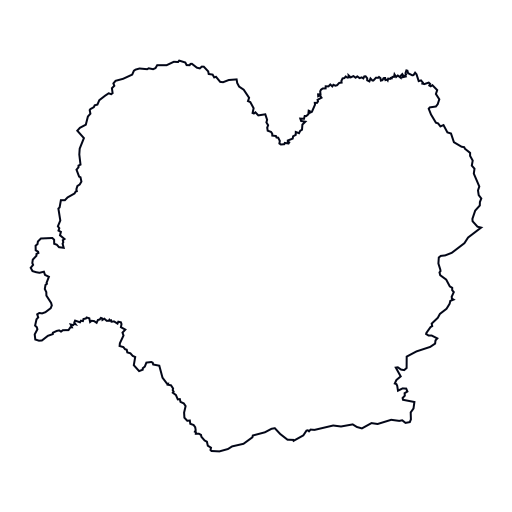 Si Satchanalai, Sukhothai, Thailand
{"feature_id": "78962969B22677252120762", "entity_name": "Si Satchanalai", "entity_type": "district", "adm_level": 2, "iso_a3": "THA", "parent_name": "Thailand", "parent_adm1": "Sukhothai", "projection": "albers", "projection_center": [99.746, 17.588], "detail": "fine", "context": "isolated", "style": "outline", "palette": "ink", "viewbox_px": 512, "rotation_deg": 0, "n_neighbors": 0, "source": "geoboundaries", "source_scale": "gbopen_adm2", "svg_char_len": 5873}
<svg xmlns="http://www.w3.org/2000/svg" viewBox="0 0 512 512"><path d="M415.1,72.7L413.5,75.1L412.3,75.3L408.1,73.2L407.4,70.7L406.4,70.4L405.5,73.1L406.1,74.6L405.1,75.4L405.7,76.5L402.7,77.2L403.2,75.6L402.3,74.1L400.6,75.9L400.6,77.7L397.8,75.5L396.1,77.0L394.5,74.4L394.0,76.9L392.4,76.9L391.7,78.4L390.7,78.0L390.1,78.9L388.2,78.6L387.7,80.4L387.2,79.7L385.5,80.1L385.0,77.2L384.6,78.9L383.5,78.3L382.4,80.2L380.9,80.6L380.4,78.1L379.0,77.0L378.2,77.8L376.0,77.7L373.4,80.5L372.4,80.5L370.5,78.5L369.4,81.4L367.2,80.3L367.2,78.3L365.6,76.3L364.3,76.4L363.3,78.4L361.7,77.4L359.6,78.1L357.3,76.4L355.6,77.7L353.4,76.1L350.7,77.4L348.6,75.4L348.8,77.4L347.4,77.6L345.7,76.5L344.4,78.1L342.6,78.4L341.4,80.9L341.6,82.6L339.2,82.9L337.1,85.2L335.4,85.7L333.4,84.8L332.3,86.4L330.3,84.5L328.5,86.4L325.7,86.3L325.6,88.4L322.7,88.5L321.0,89.7L320.2,91.3L320.5,94.3L318.1,94.3L318.2,96.2L320.0,95.4L321.5,97.7L317.6,99.8L318.0,101.4L317.0,102.9L314.8,102.9L315.0,104.7L311.9,111.8L309.8,112.8L309.7,111.1L308.7,110.7L308.3,114.3L306.2,116.1L304.7,116.0L304.0,118.8L300.3,118.6L301.1,121.0L305.3,121.7L302.4,124.6L302.0,129.7L300.2,130.8L299.0,133.2L295.8,132.0L295.7,134.9L293.1,136.3L292.7,138.6L287.8,140.5L287.8,141.5L289.2,142.4L288.5,143.5L284.8,142.9L284.3,144.2L280.9,144.5L279.4,143.5L279.8,140.9L278.2,137.7L276.5,137.5L275.9,136.0L272.3,135.6L272.2,133.6L271.0,131.9L267.7,130.7L267.2,127.7L268.1,125.2L266.4,122.4L267.1,119.8L265.3,114.3L258.3,115.4L255.4,112.3L253.9,113.5L252.6,113.0L253.6,108.2L250.3,102.1L248.0,101.1L249.1,97.8L243.7,89.7L239.1,86.6L237.2,83.0L236.6,79.4L228.8,80.0L223.1,82.2L220.2,81.9L216.0,76.8L214.2,77.4L212.6,74.6L208.7,74.0L208.2,71.4L203.8,66.7L201.8,66.6L199.8,68.4L196.9,67.7L191.9,63.8L190.5,63.9L189.6,65.2L186.6,65.1L185.3,62.5L179.2,60.6L178.1,62.0L173.8,61.8L166.6,65.2L157.2,65.2L155.5,68.1L153.1,69.2L148.7,68.3L147.2,69.2L139.5,68.5L135.6,69.6L133.9,70.7L132.2,74.6L123.1,78.8L115.6,80.8L113.4,83.4L114.3,85.8L111.9,88.2L112.6,93.1L111.2,94.2L108.7,93.3L105.1,95.7L99.3,100.2L97.4,104.6L94.7,105.3L93.8,107.2L90.4,109.1L89.7,110.1L90.4,113.7L87.9,116.5L85.8,124.7L79.9,127.8L77.3,130.7L83.9,138.1L79.7,148.6L79.3,154.5L80.5,164.6L78.5,165.6L78.5,167.3L76.5,169.7L79.1,176.6L80.5,177.3L81.4,181.6L79.7,184.5L77.4,186.0L76.4,189.2L76.8,191.2L75.7,191.5L74.5,193.5L67.6,197.4L64.9,200.2L60.9,200.2L59.6,207.4L58.4,208.6L60.3,220.5L57.9,226.3L59.3,228.2L58.5,230.6L60.9,231.9L60.0,235.3L64.5,239.0L62.8,240.2L63.3,242.2L62.6,243.7L63.7,247.8L59.0,247.2L56.8,244.7L54.2,243.8L54.1,239.7L52.3,238.0L40.9,238.5L37.9,241.5L37.5,244.1L35.6,245.7L35.7,250.3L38.1,251.7L38.4,253.0L36.5,253.9L36.4,255.8L32.8,259.6L32.3,263.0L33.1,264.9L30.7,267.8L32.5,271.1L36.1,272.2L39.5,272.8L43.9,271.7L45.0,274.9L48.9,276.8L46.6,282.7L46.9,283.8L45.5,284.9L44.8,289.0L46.3,292.1L46.4,295.6L51.1,302.9L51.8,305.4L50.7,308.2L45.4,312.2L42.1,313.4L39.3,313.0L37.2,314.3L38.2,317.4L36.5,319.3L35.1,325.6L36.8,327.2L37.4,329.3L34.7,334.4L35.3,339.5L39.0,340.7L41.9,340.5L47.9,335.8L52.8,334.1L52.9,332.7L56.8,330.9L59.2,330.4L61.0,331.6L62.9,330.2L68.5,330.1L70.4,327.3L71.9,327.3L70.7,324.5L73.2,325.1L74.3,323.8L75.5,324.2L74.3,322.5L75.1,320.6L80.0,322.3L80.9,320.7L82.9,321.1L83.5,319.0L85.9,318.5L86.6,317.5L89.3,318.3L90.1,322.0L91.6,320.8L94.1,321.1L96.6,322.8L97.9,320.0L99.7,319.5L100.9,317.9L102.1,318.4L102.4,319.9L104.3,318.7L106.7,320.8L108.8,320.8L109.4,319.8L110.1,320.7L111.0,320.3L111.5,321.7L114.0,321.4L117.5,323.6L118.3,321.7L120.9,322.3L121.5,324.1L120.9,327.2L125.3,329.6L122.5,332.6L123.5,335.5L119.9,343.2L119.6,346.0L123.4,347.1L125.0,349.2L126.7,349.7L127.3,352.4L130.4,353.3L132.7,355.9L135.2,357.0L133.8,365.2L139.1,371.1L142.7,369.7L142.8,368.2L144.8,366.6L146.4,362.6L151.3,362.0L152.7,362.7L153.2,364.5L159.3,365.7L162.5,377.7L167.1,383.8L168.0,383.7L167.7,384.7L171.0,385.3L173.1,388.5L172.7,390.1L173.6,391.6L172.8,392.7L175.9,395.0L177.8,399.4L179.8,399.1L180.5,401.9L183.8,403.4L185.6,406.1L184.1,412.6L184.4,417.7L187.3,420.8L189.8,420.5L190.3,423.8L193.6,425.0L195.2,427.2L195.7,430.2L194.9,431.7L195.9,432.2L195.8,433.8L198.8,433.7L201.0,434.9L201.4,436.8L204.6,440.5L206.9,441.7L207.8,445.7L211.0,447.7L210.5,450.0L211.5,451.0L219.4,451.4L228.0,449.0L232.1,446.4L243.5,443.8L252.4,437.3L252.8,435.5L264.9,432.3L271.5,428.8L274.8,428.2L280.2,434.0L287.5,439.7L293.3,439.9L293.6,440.8L303.3,435.4L306.5,430.6L307.8,430.3L309.0,431.3L310.6,429.6L314.5,429.9L333.2,425.5L341.0,426.5L352.7,424.4L356.9,427.0L361.9,428.4L371.5,423.1L377.6,424.0L391.2,419.8L399.3,420.9L402.2,420.3L405.5,422.9L409.8,422.1L410.9,419.4L410.7,412.4L413.5,408.5L414.4,402.0L403.0,399.8L402.6,398.0L404.8,395.7L404.6,393.2L407.4,391.5L406.2,388.6L402.6,388.4L398.0,390.7L397.2,385.8L396.4,384.1L394.8,383.5L396.4,380.0L400.7,376.4L395.8,367.6L397.8,367.3L401.1,369.6L404.2,370.1L406.6,368.0L406.7,356.6L416.5,351.4L430.2,346.9L435.1,343.6L435.5,340.4L437.3,338.4L431.6,335.5L428.5,335.5L426.1,334.0L426.4,332.9L430.5,327.1L432.2,326.1L431.7,323.6L437.8,317.8L439.9,313.9L446.5,308.8L449.6,303.8L450.3,300.9L453.5,299.6L451.9,298.6L451.7,296.7L453.8,292.1L452.2,290.2L452.2,287.8L449.8,286.4L446.2,279.6L440.2,275.2L439.5,272.4L440.5,271.1L440.3,269.6L438.4,263.5L438.8,257.5L440.8,255.9L445.2,255.4L451.8,252.8L464.4,243.2L468.1,237.5L481.1,227.6L477.5,226.7L472.6,221.3L472.4,218.9L475.2,210.6L479.8,205.5L479.9,202.0L481.3,198.5L478.7,195.1L478.0,190.4L479.3,186.5L473.8,173.6L474.5,168.7L471.8,165.6L472.7,160.6L470.1,155.9L470.1,152.9L465.0,148.8L464.2,147.2L461.5,146.7L453.9,142.2L451.0,133.5L447.4,132.4L443.5,125.1L440.4,126.4L438.1,123.4L435.9,122.7L431.0,114.5L428.7,108.7L429.8,107.4L435.9,106.5L437.7,104.2L439.3,99.3L435.9,94.0L437.2,90.1L432.4,85.2L430.7,86.3L429.3,85.5L430.1,83.9L428.7,82.6L424.3,84.1L422.4,83.6L422.9,82.7L421.0,80.4L418.7,81.1L416.5,74.3L415.1,72.7Z" fill="none" stroke="#020617" stroke-width="2"/></svg>